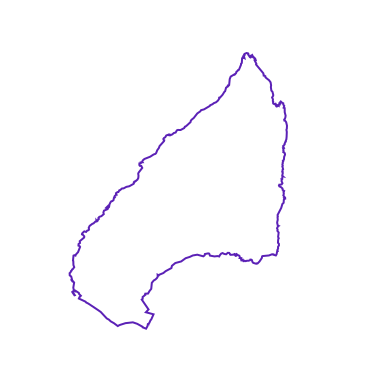 the district of Nesodden nor, Akershus, Norway, rotated 15°
{"feature_id": "86288312B79220193025286", "entity_name": "Nesodden nor", "entity_type": "district", "adm_level": 2, "iso_a3": "NOR", "parent_name": "Norway", "parent_adm1": "Akershus", "projection": "robinson", "projection_center": [10.655, 59.797], "detail": "fine", "context": "isolated", "style": "outline", "palette": "violet", "viewbox_px": 384, "rotation_deg": 15, "n_neighbors": 0, "source": "geoboundaries", "source_scale": "gbopen_adm2", "svg_char_len": 6005}
<svg xmlns="http://www.w3.org/2000/svg" viewBox="0 0 384 384"><g transform="rotate(15 192 192)"><path d="M289.4,231.6L289.8,230.4L289.6,226.8L290.0,226.7L289.5,225.8L289.8,224.4L289.3,222.8L289.8,221.0L289.3,219.5L288.2,218.8L287.7,216.5L287.5,214.5L287.7,214.2L286.8,213.1L286.2,208.7L284.5,207.4L284.5,206.3L283.5,205.0L284.0,202.7L284.4,202.3L283.5,202.1L282.4,200.1L282.1,199.2L282.0,196.6L281.1,194.0L281.3,193.6L280.6,192.1L282.3,184.3L282.4,180.2L283.3,178.7L282.7,175.7L283.0,175.2L282.7,174.5L283.0,174.3L282.5,173.9L282.9,173.6L283.3,174.3L283.7,174.2L283.5,173.5L281.1,171.7L281.2,170.0L280.6,169.0L280.7,168.0L280.3,167.7L280.6,167.1L279.0,166.5L278.5,165.2L276.8,164.3L275.0,164.0L274.3,163.3L274.4,162.6L275.0,162.7L274.7,162.5L274.9,162.2L276.6,161.5L277.1,160.1L275.6,158.2L275.6,156.6L275.3,156.4L275.8,156.1L275.2,153.2L275.6,153.2L274.9,152.8L274.8,150.2L274.0,149.2L274.3,148.9L273.7,147.4L274.1,146.4L272.6,143.8L272.9,143.2L272.1,141.8L272.3,140.7L271.9,139.8L272.2,138.9L271.7,138.3L272.4,137.0L271.9,134.1L272.2,131.9L271.6,130.5L269.8,129.8L270.0,128.8L269.3,128.0L269.3,127.1L268.6,126.1L269.4,125.7L268.1,124.1L269.2,122.1L268.9,121.3L269.4,119.4L269.2,119.4L269.5,116.7L269.1,114.2L268.0,109.4L267.1,107.5L267.2,106.3L266.6,103.4L264.9,100.2L263.2,98.8L262.7,99.0L262.3,98.3L262.9,96.6L263.6,96.5L262.9,96.3L262.7,94.1L260.9,90.9L259.8,87.0L258.7,86.9L258.8,84.9L257.5,83.9L257.2,82.7L255.5,82.3L254.3,81.6L254.0,82.1L254.3,83.1L253.7,83.4L254.1,83.9L253.7,84.1L253.9,84.6L253.4,84.6L253.2,85.1L253.5,86.4L252.1,86.1L252.3,86.9L251.8,87.5L251.2,87.4L249.8,85.4L250.6,84.6L249.4,85.4L249.4,85.9L247.7,85.6L247.2,85.0L247.2,84.0L246.5,83.2L246.2,81.5L244.9,80.0L245.5,78.0L245.3,77.1L243.8,74.4L242.4,73.5L241.0,70.2L240.8,68.5L239.5,65.7L237.5,64.1L234.0,62.6L233.1,62.0L232.9,61.2L231.8,60.8L231.1,61.0L230.2,58.9L220.9,52.3L221.0,51.5L218.4,48.6L218.7,48.3L220.0,49.0L218.5,46.8L217.6,46.3L217.7,46.9L217.0,46.1L216.4,46.1L215.1,44.6L215.0,45.1L213.7,43.9L214.4,45.2L213.7,45.4L214.0,46.6L213.8,46.9L213.1,46.8L210.7,44.7L210.8,44.2L210.5,44.0L211.3,43.3L210.4,44.0L210.2,43.6L208.8,43.6L207.0,45.0L206.8,45.7L207.3,45.9L207.7,46.7L207.3,46.4L206.9,47.1L207.9,48.9L206.7,48.5L207.0,49.2L206.0,49.2L205.8,50.0L206.7,54.4L206.2,55.4L206.4,56.5L205.7,61.8L204.8,62.5L204.6,63.4L203.8,64.3L203.8,65.7L202.8,67.7L202.4,67.9L202.4,67.5L199.5,70.5L199.2,73.1L200.2,79.1L199.5,80.4L199.1,80.1L198.5,81.8L197.9,82.4L197.9,86.1L197.4,86.7L196.3,90.3L194.7,93.4L193.9,93.7L193.8,94.1L194.2,94.6L193.4,97.0L192.0,99.1L190.0,100.6L189.1,101.9L187.1,103.5L186.9,104.3L182.2,109.1L179.6,110.6L179.1,112.0L176.8,114.7L174.5,120.1L172.9,122.3L172.4,123.5L172.5,124.8L169.8,129.1L168.7,130.6L168.2,130.8L167.9,132.3L164.9,135.1L162.3,135.7L161.4,136.4L160.8,138.8L159.2,139.7L158.0,141.5L156.1,143.0L155.0,143.1L155.5,142.3L154.9,142.3L154.4,142.7L154.6,143.0L153.5,143.3L152.5,144.1L152.0,146.0L150.9,147.2L150.6,148.2L151.1,149.0L151.8,149.2L151.8,150.1L148.8,156.0L148.6,158.1L147.6,160.7L147.3,163.6L146.8,164.6L145.2,165.7L142.5,168.7L137.5,172.4L136.3,174.2L136.0,175.7L136.5,176.1L134.9,176.7L135.2,177.2L135.0,177.6L133.8,178.0L134.1,179.5L134.8,180.2L136.3,180.0L137.7,181.6L135.4,187.1L135.3,188.3L136.1,190.1L136.5,192.4L136.1,194.2L135.0,195.6L135.7,195.4L135.0,195.7L134.2,196.8L133.7,196.8L133.4,197.4L133.7,197.5L133.5,199.2L129.9,202.7L127.3,204.0L125.0,206.2L123.5,206.7L121.9,209.0L121.4,209.1L120.9,211.1L120.0,211.4L118.9,212.8L119.7,214.0L119.1,214.1L119.1,215.3L118.4,215.8L118.2,217.2L118.7,217.4L118.1,218.2L118.3,220.1L117.4,221.4L116.5,221.8L115.9,223.1L115.3,226.6L115.7,226.8L115.7,227.4L114.7,226.9L113.1,229.6L113.6,229.7L114.7,227.7L115.3,227.9L114.9,230.4L111.8,232.8L111.7,234.7L112.5,236.2L110.7,238.8L108.9,240.0L108.3,241.4L109.0,242.1L108.3,243.3L108.3,244.2L107.8,244.8L107.0,244.2L107.3,245.2L106.3,245.6L105.0,247.8L104.0,248.5L101.9,251.2L101.5,253.3L102.2,254.7L102.0,255.6L100.7,256.5L100.0,258.0L98.2,257.9L97.8,258.3L96.6,260.5L96.7,261.4L97.6,261.5L99.4,262.7L99.6,263.9L96.3,268.6L97.0,270.2L95.9,271.6L96.2,273.2L97.5,273.4L98.1,274.0L97.5,279.6L96.0,282.5L95.9,283.6L94.7,283.5L94.0,284.1L94.8,289.1L95.2,289.4L96.4,293.3L97.7,295.1L96.9,297.2L96.3,297.8L96.0,299.3L95.6,299.6L95.5,300.9L94.8,302.1L95.5,304.2L97.2,304.9L99.1,308.2L98.6,308.4L99.8,309.4L100.4,309.1L101.6,310.0L102.1,315.1L103.1,317.1L104.0,317.4L102.2,319.4L102.3,319.7L105.2,322.2L105.5,322.0L102.5,319.4L103.8,317.7L104.6,317.4L105.5,317.7L105.4,318.2L106.5,318.0L108.8,318.8L109.4,319.8L111.5,321.0L110.5,322.8L110.3,324.2L117.6,325.5L118.3,326.1L120.7,326.6L131.9,330.4L134.9,331.5L142.4,336.2L144.8,336.8L147.0,338.0L150.5,338.9L155.0,340.7L156.4,339.3L161.7,335.9L168.6,333.2L173.2,333.5L179.2,335.0L179.4,335.5L183.0,335.9L183.7,333.2L183.6,331.4L184.1,331.2L183.8,330.8L184.2,330.5L184.7,329.3L185.1,326.6L185.6,325.8L186.5,320.1L178.6,320.1L180.4,316.7L171.3,308.9L172.0,308.0L171.5,306.2L173.4,303.6L173.1,303.4L173.2,302.3L175.8,301.5L176.6,298.6L177.7,296.1L176.7,290.1L178.0,287.3L179.3,286.0L180.4,284.2L180.8,282.6L180.2,280.8L181.5,281.1L181.9,280.3L185.3,277.7L187.0,275.3L191.8,270.8L191.7,268.5L194.3,264.9L199.5,261.9L203.0,257.6L206.6,255.3L209.2,253.1L213.3,251.2L219.6,251.2L220.6,249.9L220.5,248.6L223.5,247.1L224.6,247.1L225.8,248.8L230.4,248.4L233.2,247.3L235.0,247.2L235.1,246.2L236.1,244.0L237.3,243.1L239.2,243.5L241.1,243.3L242.3,241.5L243.7,241.2L244.7,242.0L244.9,242.5L245.6,242.7L248.5,241.7L249.0,240.9L249.4,240.9L250.1,242.1L250.8,242.4L251.1,242.2L250.5,241.2L251.1,240.4L252.2,241.0L254.2,241.3L255.3,242.9L255.2,243.4L256.7,243.1L256.8,244.3L257.4,245.3L257.7,245.2L257.6,244.7L258.6,244.2L259.6,245.5L260.1,245.4L260.5,244.8L261.8,244.9L262.8,244.2L264.5,243.7L265.7,242.9L265.8,242.2L266.6,242.0L267.4,242.2L268.5,243.9L269.5,244.6L272.6,244.7L273.1,244.1L273.8,244.1L275.2,241.6L276.5,237.8L276.4,236.0L276.8,235.6L282.7,233.4L285.5,231.4L286.6,231.2L286.6,231.5L289.4,231.6Z" fill="none" stroke="#5b21b6" stroke-width="2"/></g></svg>